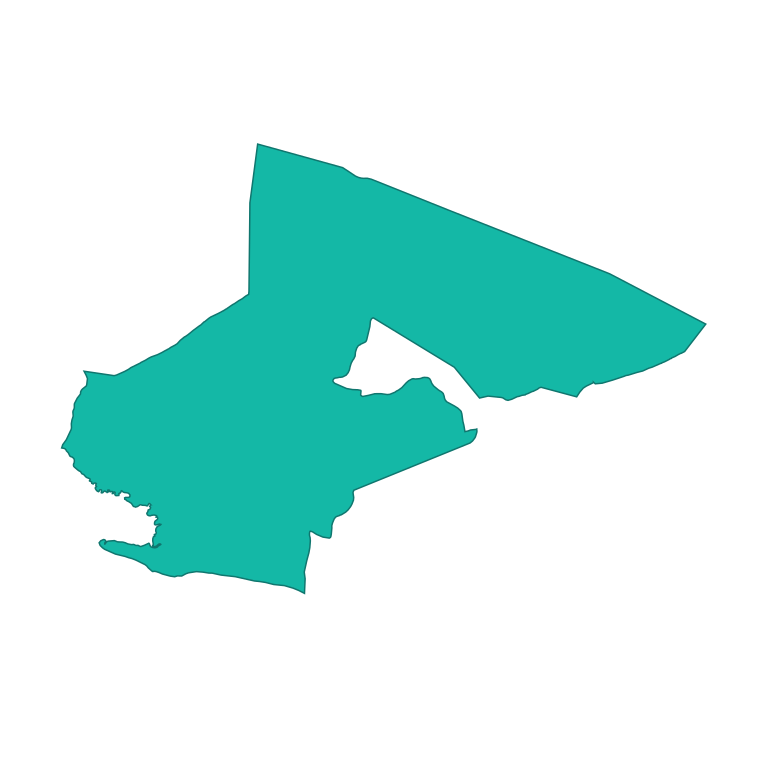 Morrumbene, Inhambane, Mozambique (Natural Earth projection), rotated 98°
{"feature_id": "85939544B85400452133709", "entity_name": "Morrumbene", "entity_type": "district", "adm_level": 2, "iso_a3": "MOZ", "parent_name": "Mozambique", "parent_adm1": "Inhambane", "projection": "natural_earth1", "projection_center": [35.2, -23.422], "detail": "fine", "context": "isolated", "style": "filled", "palette": "teal", "viewbox_px": 768, "rotation_deg": 98, "n_neighbors": 0, "source": "geoboundaries", "source_scale": "gbopen_adm2", "svg_char_len": 6164}
<svg xmlns="http://www.w3.org/2000/svg" viewBox="0 0 768 768"><g transform="rotate(98 384 384)"><path d="M164.0,542.5L223.2,542.0L311.1,530.6L314.1,530.5L316.0,533.0L319.5,536.5L321.7,539.4L325.1,543.1L326.5,545.0L331.0,549.9L331.4,550.1L332.0,551.2L333.0,552.2L337.1,557.8L341.7,564.8L343.4,566.7L347.2,570.2L347.6,570.9L351.5,574.0L351.7,574.5L357.3,580.2L362.6,585.1L364.9,587.6L365.1,588.1L369.1,591.8L372.9,594.4L374.7,596.5L377.6,600.5L379.1,602.0L380.1,603.6L380.5,603.8L381.1,604.9L383.8,608.4L386.5,612.4L389.6,618.3L391.2,620.6L393.7,623.6L396.5,627.7L397.1,628.2L403.0,636.9L405.0,639.0L407.6,642.5L412.4,650.2L413.3,652.4L413.1,682.8L416.9,680.1L419.9,678.4L425.9,678.3L427.3,678.5L430.9,681.9L432.3,682.8L434.0,683.3L436.2,683.2L440.7,685.8L446.5,687.8L447.7,687.8L450.2,687.4L451.9,687.5L453.6,688.1L455.0,688.2L459.1,687.3L463.1,688.0L466.9,688.1L470.6,687.4L472.3,687.4L483.3,690.8L488.8,693.7L492.2,694.3L492.3,692.0L492.6,690.8L493.5,689.7L494.3,689.3L496.0,687.1L499.1,685.0L499.5,684.1L499.8,682.5L500.8,681.0L501.3,680.5L503.1,679.9L505.2,679.9L506.5,680.3L507.7,680.2L508.7,679.8L509.4,679.0L511.7,675.4L512.4,674.1L513.0,672.3L514.9,670.7L515.4,668.8L517.5,666.3L518.0,665.3L518.7,662.4L519.2,661.7L519.9,661.7L520.5,662.2L521.0,662.1L521.7,659.9L523.0,659.6L523.5,658.1L522.5,657.3L522.3,656.4L522.4,655.4L522.7,655.0L523.3,655.3L524.8,655.2L525.6,654.4L526.6,655.4L527.3,655.4L527.9,655.2L529.4,653.9L530.0,653.0L530.4,651.8L530.0,651.3L528.4,650.8L528.1,649.7L528.3,649.1L529.3,648.7L530.5,649.0L531.1,648.7L530.9,647.5L529.0,646.1L528.9,645.3L529.3,644.7L529.4,643.8L530.0,643.1L529.5,642.6L529.0,641.6L528.7,641.7L528.4,642.8L527.5,642.7L527.3,641.8L527.4,641.1L528.5,640.4L528.8,639.9L528.2,638.4L528.5,637.7L530.3,637.8L530.3,637.3L530.1,636.9L528.7,636.7L528.4,635.9L528.6,635.4L529.0,635.1L530.4,635.3L531.4,634.8L531.8,634.2L531.8,633.3L531.3,631.1L530.3,631.0L529.4,631.3L528.9,630.8L528.8,630.2L528.0,629.6L526.6,629.4L526.2,628.9L527.2,627.4L527.6,626.1L527.5,623.3L527.7,622.1L528.1,621.3L529.2,620.1L530.9,620.0L531.8,621.0L532.3,624.2L532.8,625.0L534.2,624.7L534.4,623.8L535.5,622.2L535.9,620.7L537.4,617.5L540.1,615.1L540.2,613.8L540.5,613.0L539.6,611.0L537.6,608.8L537.4,608.0L537.7,606.6L537.4,603.4L537.7,601.7L537.5,601.2L535.1,600.1L535.0,599.4L535.9,598.3L535.9,598.5L536.3,598.3L537.9,599.0L538.6,598.0L539.6,598.0L540.7,598.5L541.6,600.0L543.3,600.1L545.0,600.9L546.3,600.3L546.8,599.6L547.2,598.2L547.0,596.9L546.4,595.9L545.7,593.4L546.0,591.0L546.4,590.6L547.5,591.2L547.6,589.7L548.9,589.3L549.6,589.6L551.7,591.6L552.8,591.9L554.6,591.8L555.3,591.1L555.3,590.2L553.9,586.9L554.1,585.4L554.8,585.8L556.8,588.8L557.5,588.9L558.3,589.4L559.2,589.7L560.3,589.7L561.4,589.6L562.9,588.8L564.0,589.0L564.6,589.3L564.9,590.4L565.4,590.5L566.4,589.7L566.9,590.0L567.0,590.6L567.5,591.1L569.4,591.4L571.5,591.2L574.3,590.3L576.0,590.0L576.4,590.1L576.3,590.6L576.8,590.5L577.1,589.9L576.9,588.2L576.0,586.5L575.2,586.0L573.7,584.5L573.5,583.8L573.6,583.0L573.9,582.7L574.2,582.9L575.7,584.8L577.3,586.0L578.1,588.0L578.1,590.4L577.8,591.9L576.5,593.3L574.8,594.1L574.4,594.7L577.1,598.9L578.7,602.0L578.8,602.9L578.0,605.1L578.4,607.2L577.7,609.5L578.2,611.8L578.0,615.3L577.2,618.2L576.9,620.7L577.4,625.9L576.6,629.2L578.0,635.4L578.5,636.3L579.9,637.3L581.2,637.9L581.3,638.3L580.1,638.4L578.9,637.7L578.1,637.7L577.2,638.7L577.0,639.8L577.4,640.7L578.7,642.7L580.9,644.0L583.4,642.6L585.4,639.9L586.6,637.6L589.8,626.3L590.8,616.3L591.5,612.9L591.9,609.5L592.8,605.6L596.2,595.3L597.3,593.5L599.0,591.7L601.6,587.7L601.9,587.0L601.4,585.1L601.5,583.3L602.0,580.6L603.0,577.0L604.0,568.9L604.0,564.4L602.8,561.9L602.3,557.6L599.5,553.8L598.2,551.3L595.9,543.7L595.5,537.1L595.6,531.1L595.2,527.9L595.9,518.9L595.5,504.5L597.1,484.8L596.9,479.9L597.0,473.6L597.9,465.3L597.5,454.6L598.8,445.7L600.2,440.1L602.4,433.6L587.9,435.0L581.3,436.8L569.7,435.9L561.6,434.9L556.4,434.7L549.6,435.1L546.4,435.8L544.6,436.6L542.8,437.0L540.7,437.0L540.1,436.7L540.0,436.1L540.3,434.3L542.3,429.9L544.1,423.2L544.2,416.7L543.4,415.7L542.4,415.4L540.1,415.3L533.8,415.6L531.6,416.0L528.6,415.6L524.7,414.6L522.7,413.5L521.8,412.5L520.3,409.5L519.9,409.3L519.5,408.1L516.2,404.1L513.6,402.0L510.0,400.0L507.3,399.0L503.4,398.1L500.6,398.2L495.8,399.6L493.4,399.1L430.4,290.5L428.1,288.4L425.1,286.7L423.6,286.1L419.2,285.4L417.8,285.4L415.7,285.9L416.1,286.5L417.5,291.9L418.8,294.2L419.9,297.2L413.7,299.2L410.0,300.7L402.9,302.7L400.6,303.7L399.8,304.4L397.6,307.6L395.9,311.4L393.0,319.2L392.2,320.3L391.8,320.5L391.4,321.1L389.7,322.1L387.6,322.8L385.1,324.1L383.9,325.7L382.3,329.3L379.1,334.5L376.7,336.8L374.0,338.3L372.5,339.5L371.9,340.6L371.6,341.9L371.8,344.9L372.3,346.6L373.1,347.9L373.8,349.7L374.7,353.6L374.7,355.9L375.1,357.0L377.4,360.1L379.7,362.1L385.1,365.8L388.1,368.9L389.3,370.7L390.6,372.0L393.4,376.8L394.0,379.3L394.0,385.5L394.9,391.7L397.4,397.8L399.3,403.3L399.0,404.5L398.2,405.6L394.1,405.8L393.5,406.2L393.4,409.2L393.9,414.4L393.7,420.4L390.2,432.9L389.5,433.9L388.5,434.9L387.4,435.1L385.5,434.2L384.6,432.4L384.6,431.8L383.5,428.9L383.5,428.3L382.8,426.0L380.5,422.7L377.8,421.1L374.8,420.2L371.8,420.0L368.0,419.4L364.9,418.3L363.5,417.5L360.4,416.5L356.3,416.7L352.3,416.0L349.7,414.8L348.9,413.9L348.6,413.2L348.1,413.0L345.3,408.7L344.4,407.8L342.8,407.3L329.2,406.0L323.5,406.2L321.5,405.6L320.4,404.7L320.0,403.7L357.6,316.7L384.6,287.4L381.5,279.3L381.0,266.1L381.2,264.4L382.7,261.1L382.9,258.9L381.3,255.3L378.0,250.3L377.4,248.5L376.0,245.8L375.1,242.6L374.6,242.3L373.3,239.9L371.0,236.5L370.4,235.1L369.1,233.2L367.8,231.3L366.1,229.6L365.4,227.9L369.9,191.4L364.8,189.0L360.3,186.1L357.8,183.2L353.4,176.6L353.1,176.7L354.4,174.8L352.8,168.0L348.3,158.1L343.1,147.6L341.9,145.5L341.2,143.3L337.3,135.0L335.1,129.6L331.5,124.0L330.0,120.8L325.3,113.2L324.7,111.9L324.3,111.7L323.0,109.3L319.8,104.7L319.4,104.5L318.6,102.9L318.1,102.7L316.3,99.7L314.0,96.8L312.4,94.5L312.2,93.9L310.0,90.8L279.9,73.7L243.5,175.8L202.6,345.3L183.0,425.0L182.6,429.2L183.2,433.0L183.3,435.2L183.0,438.0L182.1,441.2L175.5,455.0L164.0,542.5Z" fill="#14b8a6" stroke="#0f766e" stroke-width="1.5"/></g></svg>